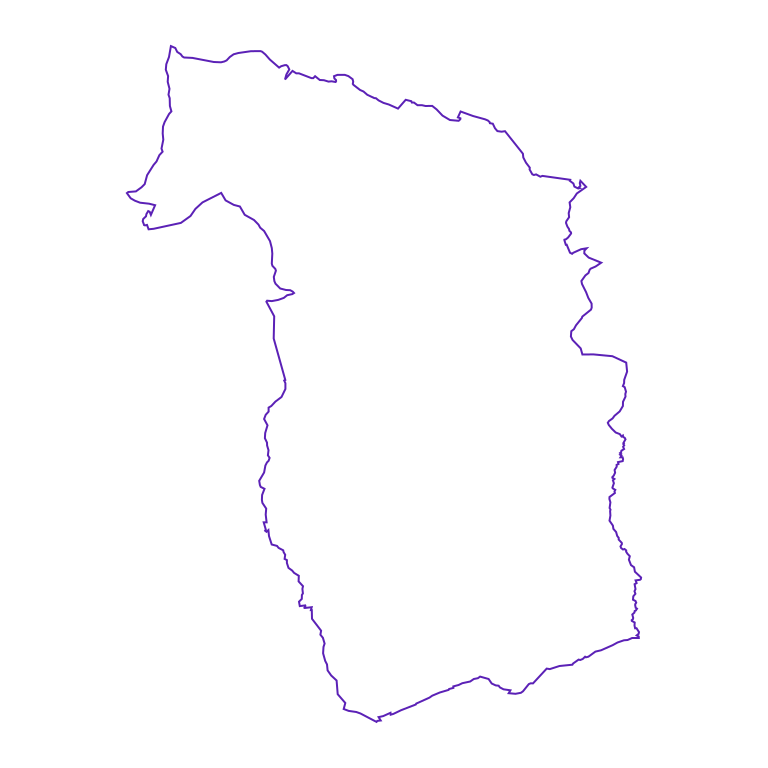 Slanic, Prahova, Romania
{"feature_id": "2599482B89499575476791", "entity_name": "Slanic", "entity_type": "district", "adm_level": 2, "iso_a3": "ROU", "parent_name": "Romania", "parent_adm1": "Prahova", "projection": "robinson", "projection_center": [25.946, 45.239], "detail": "fine", "context": "isolated", "style": "outline", "palette": "violet", "viewbox_px": 768, "rotation_deg": 0, "n_neighbors": 0, "source": "geoboundaries", "source_scale": "gbopen_adm2", "svg_char_len": 6064}
<svg xmlns="http://www.w3.org/2000/svg" viewBox="0 0 768 768"><path d="M572.4,664.7L573.1,663.5L578.6,659.6L580.2,660.0L582.7,659.0L585.1,656.7L585.9,657.3L588.4,656.7L595.4,651.6L601.0,650.3L612.6,645.2L617.5,642.5L623.9,640.3L627.6,640.0L632.1,638.0L638.8,638.0L638.7,636.5L636.7,635.4L638.6,633.9L639.0,632.1L636.5,628.2L635.1,628.3L634.5,625.5L634.7,622.5L631.8,620.9L631.7,620.2L633.0,619.0L633.2,617.9L632.3,614.5L634.4,612.6L634.7,611.0L635.8,610.5L637.0,608.7L635.7,607.8L635.2,605.4L635.2,604.2L636.2,602.7L635.5,601.0L633.0,599.7L633.3,596.3L635.4,593.8L634.5,591.2L635.5,589.1L634.6,584.2L636.6,583.1L635.6,580.4L640.0,579.8L640.8,579.2L641.1,577.5L634.9,571.7L634.1,567.3L631.0,565.1L628.9,559.7L629.8,556.2L627.4,553.7L626.1,551.6L626.2,550.4L624.5,549.0L623.0,549.5L621.1,548.0L620.5,546.4L621.9,544.1L621.8,542.9L618.7,539.6L618.7,537.9L617.2,535.9L616.1,532.0L613.4,528.9L612.9,525.6L609.5,520.7L610.4,515.6L610.1,511.0L610.5,509.7L609.6,508.0L610.4,502.3L609.4,499.0L609.5,497.0L614.9,493.0L614.5,491.3L615.3,489.9L612.7,488.3L612.4,487.6L613.9,483.2L612.9,480.3L614.4,479.0L612.4,477.8L612.3,477.2L613.8,475.5L615.1,472.7L614.6,470.0L616.7,466.7L616.6,464.9L618.5,464.0L618.0,462.1L622.7,461.1L623.1,459.1L622.6,457.3L620.5,457.3L621.5,455.7L620.1,454.7L621.1,453.9L620.1,453.0L621.1,452.2L621.4,450.7L624.1,449.0L623.1,446.8L624.2,445.3L623.4,444.2L623.9,443.4L623.4,443.0L625.5,439.3L624.7,437.8L623.2,437.0L622.9,435.5L621.5,436.5L619.8,434.1L615.7,432.5L611.9,428.8L608.8,425.0L607.8,422.8L609.0,421.0L612.6,418.4L614.5,415.8L619.7,411.4L622.9,406.0L623.0,401.8L625.5,396.6L625.3,394.0L626.0,391.7L624.7,387.2L622.9,386.1L624.1,383.1L624.2,379.9L627.1,371.6L626.2,362.6L612.4,356.2L593.4,354.4L582.4,354.5L580.7,348.4L572.6,340.0L570.9,336.5L571.3,331.2L573.9,329.2L576.0,325.3L581.9,318.0L582.3,316.6L591.0,309.6L591.7,307.6L591.6,303.6L588.3,297.9L586.1,292.2L582.0,284.0L581.4,281.0L585.4,275.4L588.5,273.0L589.6,269.9L590.6,268.7L595.6,266.5L601.2,262.7L588.7,257.6L584.3,253.4L584.4,250.6L586.6,248.3L581.1,249.2L573.2,252.8L572.1,253.8L570.0,252.7L566.7,244.7L565.8,244.8L564.4,240.2L564.4,239.7L566.1,239.2L568.1,237.5L571.1,233.5L571.0,232.4L569.4,230.8L569.0,229.0L567.4,226.6L566.0,222.9L566.3,221.3L569.1,217.2L568.7,213.1L570.3,207.2L569.6,202.4L573.7,198.2L576.8,193.5L586.2,186.9L580.4,180.8L579.8,183.1L580.4,185.9L578.8,187.4L579.8,188.1L578.2,188.5L574.4,186.6L573.4,183.5L569.8,180.8L570.2,179.8L542.4,175.9L540.3,176.7L536.1,174.4L533.9,175.0L532.3,174.3L529.6,169.5L529.8,167.7L526.0,162.7L523.3,157.5L522.9,153.7L505.0,131.2L501.6,131.7L497.4,131.1L495.0,128.3L492.8,123.7L489.9,123.2L489.7,122.2L487.9,120.5L485.0,119.3L473.0,116.0L460.6,111.5L457.9,117.4L460.4,118.3L460.4,119.0L459.4,120.2L458.6,120.8L449.9,120.0L442.5,115.6L436.6,109.4L432.2,105.9L425.5,106.0L422.0,105.2L417.5,105.2L413.9,102.5L411.8,102.5L411.3,101.2L405.7,99.8L398.0,108.6L388.8,104.5L383.5,102.9L378.6,100.4L375.9,98.2L374.3,98.1L367.3,94.8L363.5,91.5L360.1,90.0L353.5,84.9L352.8,83.9L353.2,81.7L352.6,79.2L348.4,76.1L344.9,74.9L337.4,74.9L334.0,76.2L334.4,78.5L336.0,80.0L336.1,81.2L335.6,82.0L331.6,81.3L328.5,81.6L323.9,80.2L319.8,80.0L315.1,76.2L313.3,78.1L311.4,78.1L298.9,73.3L296.2,73.3L292.5,70.9L285.0,79.5L286.4,74.5L289.3,69.4L287.7,66.2L286.4,65.1L285.0,65.1L281.2,66.2L279.1,67.6L269.8,59.5L265.4,54.5L262.1,51.7L260.5,51.1L250.9,51.2L238.4,53.0L233.6,54.3L229.8,57.0L226.6,60.4L224.3,61.5L221.0,62.3L213.8,62.0L192.4,57.9L184.1,57.5L182.4,56.5L180.7,54.2L177.2,51.9L175.3,48.0L170.9,46.1L169.0,57.0L166.3,64.2L165.8,69.7L168.1,76.1L167.7,81.8L169.5,88.8L168.5,94.7L169.7,98.2L169.9,106.0L171.4,111.4L169.1,113.9L164.6,122.1L163.0,126.6L162.7,133.5L163.3,139.7L161.5,148.6L162.6,151.7L159.4,155.1L156.5,161.5L153.6,164.9L147.1,175.2L144.7,184.1L141.5,187.3L135.9,191.4L128.3,192.0L126.9,193.1L130.7,198.3L134.9,200.7L140.1,202.7L149.1,203.7L155.1,205.2L150.9,214.9L149.7,211.8L148.2,211.1L146.4,214.1L146.0,216.3L143.2,219.0L142.7,221.2L144.0,224.7L143.4,224.7L145.0,225.4L147.0,224.9L148.6,229.3L153.6,228.8L180.9,222.9L190.5,216.0L195.4,208.9L202.5,202.4L221.2,192.9L225.6,200.4L233.8,204.9L239.9,206.5L244.7,214.8L254.0,220.0L258.5,224.6L260.2,227.7L264.1,231.0L270.0,241.1L271.8,248.1L272.3,253.6L271.8,263.6L272.4,265.8L275.3,268.9L275.9,270.7L273.8,276.9L274.4,281.2L275.5,283.7L280.2,288.5L286.0,290.0L290.2,290.2L292.7,291.6L294.0,293.0L292.3,294.1L287.2,295.2L283.8,297.9L278.2,299.9L271.8,301.1L267.1,300.7L266.4,301.7L274.2,316.3L273.7,338.5L285.3,380.0L284.2,380.5L285.4,383.2L285.4,389.0L281.5,397.0L275.4,401.6L271.3,406.0L268.6,407.6L268.6,411.6L265.7,414.8L264.1,419.0L267.5,425.3L265.2,433.0L264.9,438.2L267.0,442.6L267.1,445.5L268.5,450.2L267.9,455.3L269.6,457.9L268.6,460.8L267.0,462.4L265.4,465.5L264.1,472.5L259.2,480.8L259.9,485.0L260.7,486.9L264.5,488.8L262.1,495.0L261.9,499.9L262.4,502.9L266.2,508.6L265.7,514.6L266.6,522.3L263.7,522.3L265.8,529.6L265.1,530.7L266.5,531.8L268.4,530.1L269.0,536.1L271.7,544.5L277.0,545.9L278.6,547.9L283.2,550.3L283.6,552.1L285.2,554.8L284.6,558.9L286.9,560.1L286.9,563.0L288.5,567.9L292.1,570.5L294.1,572.9L298.8,575.8L298.6,581.4L303.0,586.2L302.4,588.9L302.9,593.4L301.9,595.0L301.8,598.9L299.0,601.7L299.8,606.1L305.2,605.4L305.4,606.0L304.4,607.8L304.7,608.0L311.7,607.2L310.9,610.1L311.8,610.1L312.0,618.8L321.1,630.7L320.4,634.7L322.9,637.8L324.6,643.6L323.5,646.9L323.1,653.3L325.2,660.9L327.0,664.4L327.6,670.4L331.2,675.5L336.6,680.5L337.7,694.2L345.3,703.0L343.7,709.0L348.7,710.9L356.3,712.0L360.5,713.5L376.5,721.9L377.3,720.9L380.7,720.5L378.6,717.1L383.2,716.1L390.5,712.8L390.7,714.7L393.4,713.9L401.1,710.2L415.8,704.5L416.2,703.6L429.5,697.6L432.2,695.7L439.8,692.5L448.6,689.9L449.1,689.0L453.4,687.9L453.3,686.4L458.6,685.0L462.3,683.2L470.2,681.5L473.8,679.0L477.9,678.2L480.1,676.6L488.6,679.0L491.7,683.5L495.7,685.4L498.6,685.7L499.9,687.4L503.5,689.3L510.4,690.3L508.7,693.2L515.5,693.8L520.9,692.8L523.0,691.3L528.8,684.1L530.7,683.3L533.0,683.4L546.7,668.6L549.8,669.1L559.5,666.0L572.4,664.7Z" fill="none" stroke="#5b21b6" stroke-width="2"/></svg>